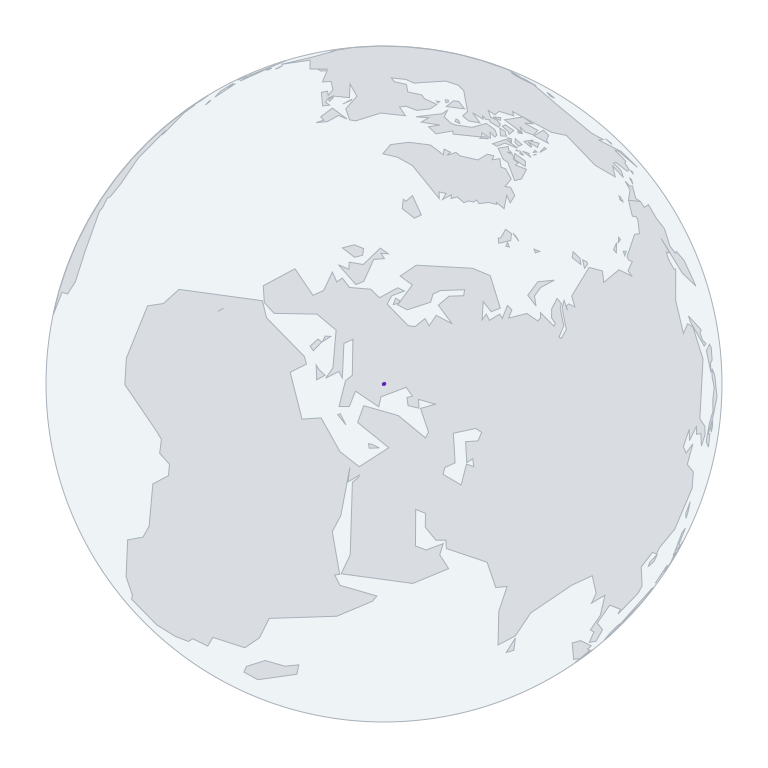 the Earth from above Ilfov, rotated 43°
{"feature_id": "ROU-4844", "entity_name": "Ilfov", "entity_type": "County", "adm_level": 1, "iso_a3": "ROU", "parent_name": "Romania", "parent_adm1": "", "projection": "orthographic", "projection_center": [26.174, 44.513], "detail": "fine", "context": "on_globe", "style": "filled", "palette": "violet", "viewbox_px": 768, "rotation_deg": 43, "n_neighbors": 0, "source": "natural_earth", "source_scale": "10m", "svg_char_len": 11581}
<svg xmlns="http://www.w3.org/2000/svg" viewBox="0 0 768 768"><g transform="rotate(43 384 384)"><circle cx="384" cy="384" r="338" fill="#eef3f6" stroke="#a8b0b8"/><path d="M259.9,69.7L274.3,66.4L264.7,69.6L269.9,68.9L282.2,65.3L289.1,63.1L323.7,61.6L364.8,59.0L377.6,55.7L374.9,59.0L399.2,52.2L421.4,52.7L396.3,53.9L393.8,55.5L408.9,56.2L409.5,58.2L417.2,60.0L416.7,62.5L402.1,63.9L401.4,65.8L412.1,66.3L418.3,69.8L402.7,68.6L411.9,74.9L389.2,80.0L347.8,77.8L335.1,85.6L292.2,97.1L296.0,99.3L282.2,106.1L281.5,111.5L273.7,112.8L279.9,116.1L287.1,113.9L292.2,114.8L292.5,118.0L282.6,120.0L281.0,118.7L278.3,121.0L273.3,120.7L275.9,122.7L263.9,125.2L276.0,127.6L266.7,133.8L258.7,134.2L259.3,127.7L242.3,115.1L234.4,114.9L222.6,120.3L200.8,143.4L192.2,146.4L180.6,155.1L185.4,155.9L196.1,149.6L202.2,154.2L214.7,146.8L219.0,147.8L231.9,143.5L230.1,151.3L221.3,161.6L210.5,165.9L206.4,170.9L216.8,173.1L196.8,188.1L183.9,210.8L178.7,214.3L168.4,208.8L168.0,192.0L154.6,187.7L163.4,198.2L150.3,208.1L148.2,213.3L149.0,217.6L154.0,217.1L149.5,222.5L139.2,213.4L143.0,208.3L146.3,211.0L146.0,203.6L139.0,198.8L132.9,205.0L128.7,193.7L124.3,198.2L120.9,198.7L128.2,192.0L115.0,204.1L109.1,197.5L90.9,220.3L108.6,193.9L114.9,183.6L120.9,173.9L117.8,177.3L129.9,161.6L132.1,158.8L150.3,139.9L169.9,122.6L190.8,106.8L212.8,92.6L235.9,80.3L259.9,69.7ZM58.6,293.0L57.2,300.2L53.4,314.0L55.5,308.6L52.8,322.1L52.2,347.1L51.3,348.2L50.2,386.3L55.0,417.5L56.1,433.4L54.9,436.9L57.9,447.1L58.0,451.5L75.3,491.7L88.6,519.8L91.2,534.0L86.0,536.5L94.8,558.8L82.6,536.9L72.1,514.1L63.3,490.6L56.3,466.5L51.1,442.0L47.7,417.2L46.2,392.2L46.5,367.1L48.7,342.1L52.7,317.4L58.6,293.0ZM86.4,226.5L72.2,260.5L75.5,248.5L75.7,249.0L80.4,238.7L87.3,223.8L91.6,214.8L86.4,226.5ZM90.8,224.9L92.8,220.1L91.5,224.0L90.8,224.9ZM292.1,62.1L282.4,65.1L271.0,68.0L279.0,65.1L292.1,62.1ZM313.9,58.6L309.6,60.1L304.2,59.6L308.4,58.8L313.9,58.6ZM386.7,53.4L378.7,53.6L386.2,52.9L386.7,53.4ZM418.4,59.8L420.5,59.3L423.6,60.5L418.4,59.8ZM232.0,139.6L231.9,141.5L229.5,141.3L232.0,139.6ZM237.7,136.0L235.0,134.5L237.3,132.6L238.9,133.6L237.7,136.0ZM425.6,65.7L429.9,68.2L422.9,65.8L425.6,65.7ZM240.4,138.5L241.7,129.5L245.8,126.4L255.3,127.8L240.4,138.5ZM430.8,69.8L441.5,76.6L447.0,75.7L437.5,82.8L431.5,74.2L422.1,71.2L429.0,71.6L430.8,69.8ZM289.3,111.9L281.6,114.3L287.8,109.5L289.3,111.9ZM292.0,108.6L303.7,93.8L315.1,92.4L308.9,97.3L323.6,93.6L323.4,100.0L315.3,103.6L307.9,103.1L313.5,106.1L292.0,108.6ZM430.5,86.0L430.9,88.1L427.7,86.2L430.5,86.0ZM294.7,114.8L296.0,111.7L306.1,110.1L305.2,116.0L302.3,114.6L294.7,114.8ZM327.5,89.7L334.8,89.8L336.7,95.0L339.8,95.9L324.4,100.1L327.5,89.7ZM300.1,116.6L304.5,119.2L300.1,123.0L294.1,117.8L300.1,116.6ZM309.1,107.3L313.8,106.9L310.9,109.0L309.1,107.3ZM286.6,138.7L287.9,134.6L293.3,133.3L286.6,138.7ZM306.5,119.9L308.0,118.6L310.3,117.8L312.2,120.3L306.5,119.9ZM326.8,103.7L326.1,106.0L333.2,102.2L334.9,106.3L324.3,108.5L329.6,109.3L330.1,110.6L320.9,111.1L326.8,103.7ZM321.0,120.4L308.1,125.4L304.4,133.1L299.5,134.3L306.4,121.8L321.0,120.4ZM321.7,114.8L320.2,118.5L314.9,117.9L312.8,115.1L321.7,114.8ZM339.9,108.5L340.0,101.5L342.3,101.3L339.9,108.5ZM320.9,122.7L324.0,121.5L321.3,123.3L320.9,122.7ZM335.2,112.8L334.9,110.3L337.6,110.1L335.2,112.8ZM330.4,121.5L326.3,122.9L324.7,120.9L330.4,121.5ZM333.5,117.6L337.1,118.0L326.6,119.3L332.9,116.4L333.5,117.6ZM337.7,113.1L339.2,112.2L337.5,114.2L337.7,113.1ZM338.9,128.6L326.0,130.8L322.5,126.2L335.5,124.6L338.9,128.6ZM178.0,540.9L157.8,488.1L167.8,475.6L169.6,454.6L238.3,406.0L252.9,415.7L307.0,418.2L313.7,422.3L307.4,439.4L348.0,465.6L361.1,451.7L397.9,463.5L422.3,461.4L431.0,427.3L390.9,430.1L384.0,413.7L416.1,397.3L451.1,395.2L449.5,388.9L427.4,376.9L435.4,363.7L419.7,371.7L426.1,377.8L416.4,383.4L410.0,378.2L413.1,373.5L402.5,371.3L390.5,395.4L395.7,404.2L368.0,408.7L374.0,424.2L366.5,431.2L353.6,407.9L354.9,399.3L330.8,372.5L327.0,381.7L349.4,408.0L342.4,405.6L337.4,419.5L335.7,407.1L312.2,377.2L287.3,378.6L255.4,407.3L240.9,406.0L228.7,394.5L240.3,360.5L271.6,367.6L276.1,356.7L269.9,337.4L279.9,341.6L281.2,335.0L293.0,336.9L309.7,323.7L321.8,324.1L328.4,304.3L335.5,302.1L329.5,314.2L331.8,323.4L361.7,324.9L367.5,320.9L369.4,308.2L377.4,310.7L375.4,298.2L392.7,293.5L370.0,289.3L371.7,275.4L382.1,265.1L378.6,260.1L361.6,277.1L358.5,284.8L362.3,292.3L350.3,314.0L340.0,316.8L337.2,292.2L322.3,294.0L326.6,275.1L369.8,239.0L387.8,232.3L417.3,249.2L413.1,258.0L400.4,256.1L412.0,270.2L411.1,263.1L417.7,265.6L421.0,254.0L425.8,255.3L420.7,242.3L427.0,242.6L430.2,250.8L440.4,235.0L453.5,233.0L453.5,228.9L449.7,225.1L468.9,225.8L468.0,222.8L461.4,221.3L455.4,214.7L452.2,203.4L459.0,204.2L461.1,208.4L475.7,218.8L480.1,230.5L482.6,229.8L480.3,219.9L462.5,207.0L458.7,200.1L467.9,205.0L464.2,202.6L464.4,199.5L471.0,197.4L461.3,191.7L454.5,158.9L466.6,152.4L475.5,159.8L477.9,140.3L491.4,136.1L485.2,134.6L482.2,125.3L478.0,126.4L474.8,125.0L465.2,103.6L468.3,99.8L457.2,90.4L454.0,89.8L451.2,91.9L437.5,82.8L447.0,75.7L453.7,77.3L455.2,72.5L470.2,77.1L483.3,79.2L498.9,88.1L507.9,89.7L507.4,87.7L519.3,89.0L545.4,99.7L526.4,99.4L487.6,88.6L503.6,93.3L500.6,95.1L506.8,98.7L518.0,102.3L518.9,100.9L540.2,123.9L568.5,142.8L565.0,132.8L571.2,131.7L600.4,148.3L638.7,194.0L647.4,196.1L653.5,202.2L658.4,212.9L649.6,204.2L646.9,207.6L641.2,201.5L646.0,217.0L638.1,209.0L645.7,225.7L652.0,228.5L650.7,217.2L660.7,236.0L670.1,237.3L680.4,250.0L695.6,291.8L697.2,316.8L699.3,322.4L695.1,324.1L696.9,342.4L710.3,355.5L712.5,363.4L712.0,392.7L710.6,387.4L699.9,391.9L703.0,413.5L711.4,414.7L714.5,427.6L710.4,432.8L706.6,422.1L702.7,423.2L700.0,405.7L689.6,387.7L685.2,402.7L681.9,392.4L667.0,382.2L658.5,403.2L647.4,451.4L651.8,478.7L645.4,497.1L623.0,471.9L612.1,448.2L604.5,456.6L581.0,444.0L541.8,461.8L535.8,456.0L528.5,462.8L511.9,460.6L502.6,450.2L492.7,454.1L517.5,481.0L528.0,476.7L536.2,460.3L541.2,470.9L557.2,475.0L541.0,510.3L482.1,552.0L475.8,532.0L427.9,477.4L429.0,469.9L428.7,469.1L428.1,467.7L424.4,480.1L415.9,468.3L442.1,509.6L446.8,527.2L481.3,553.4L478.2,557.3L489.1,561.3L523.4,543.9L523.7,550.7L507.9,586.0L459.9,633.7L466.0,654.5L462.1,671.8L431.6,686.0L433.8,695.9L417.9,700.7L416.6,705.6L403.6,710.9L382.1,715.1L346.1,713.5L344.2,710.2L326.8,700.8L302.8,672.8L312.2,660.4L309.2,648.2L283.1,614.7L288.9,598.0L281.8,588.9L267.2,587.7L259.0,576.3L250.2,573.7L194.9,561.2L178.0,540.9ZM214.9,438.1L213.0,444.3L214.9,438.1ZM488.7,409.8L509.3,405.3L499.0,386.3L506.0,383.2L499.9,378.2L498.1,385.0L483.0,370.5L491.5,361.6L488.4,352.7L481.4,353.9L468.3,372.7L489.8,393.2L485.5,403.3L488.7,409.8ZM52.3,347.7L51.8,353.5L51.5,349.4L52.3,347.7ZM73.5,251.9L71.7,257.1L69.9,261.7L70.8,258.5L73.5,251.9ZM64.1,294.6L63.2,301.7L63.1,296.6L64.1,294.6ZM70.5,265.7L64.7,289.5L64.7,281.4L68.8,266.7L67.4,273.7L70.5,265.7ZM86.6,229.5L84.9,233.5L83.7,234.8L86.6,229.5ZM89.8,227.9L90.0,226.8L91.9,223.5L89.8,227.9ZM150.9,208.6L151.6,209.5L151.3,214.5L149.2,213.5L150.9,208.6ZM163.6,230.8L156.1,239.1L160.0,232.2L155.5,231.8L158.1,217.4L176.3,215.4L167.6,218.6L163.6,230.8ZM166.6,198.6L162.9,207.3L166.2,197.9L166.6,198.6ZM276.7,298.9L280.6,304.4L276.0,311.4L260.8,312.8L267.3,302.5L276.7,298.9ZM287.3,310.8L288.7,287.1L298.3,285.9L292.7,290.5L298.8,292.0L291.5,299.9L299.2,322.7L295.6,330.5L269.4,327.8L280.0,324.1L275.5,318.6L287.3,310.8ZM275.6,235.2L276.3,226.8L296.0,234.9L293.1,242.0L277.7,243.3L272.2,235.8L275.6,235.2ZM256.9,143.5L256.0,141.0L258.7,140.3L261.7,141.8L256.9,143.5ZM286.8,136.9L264.1,154.1L261.8,152.0L251.3,165.6L241.2,165.5L248.3,156.5L232.7,167.0L235.1,158.8L225.1,166.8L242.1,146.8L243.7,140.5L245.8,147.5L255.1,147.7L259.5,145.9L273.3,136.3L281.2,123.6L291.6,122.4L296.9,125.0L296.6,127.8L289.9,127.6L294.3,131.6L284.4,133.5L286.8,136.9ZM352.7,165.4L345.1,162.3L352.2,173.9L342.4,174.5L343.8,175.9L336.7,179.8L330.5,187.2L326.1,186.3L325.6,189.6L320.8,192.6L318.7,196.9L309.9,197.2L306.6,202.6L304.3,199.7L300.9,209.2L299.5,202.3L293.3,206.0L297.9,210.7L255.8,204.8L239.2,208.9L226.2,216.4L225.5,204.5L237.3,190.3L254.9,177.6L271.0,175.9L267.8,171.2L274.5,169.2L274.2,173.7L278.7,165.6L284.1,165.3L299.8,156.1L302.9,145.5L308.7,142.2L310.2,146.2L315.0,140.2L321.8,145.7L326.2,143.6L337.3,147.4L337.7,156.9L342.5,153.9L351.2,157.1L352.7,165.4ZM341.8,129.9L344.7,140.3L340.7,146.1L323.0,137.3L318.1,138.4L306.7,133.7L312.8,125.7L315.5,127.7L319.5,127.8L316.0,130.3L321.8,128.5L325.8,131.3L331.4,130.8L330.8,134.2L341.8,129.9ZM321.5,416.4L326.7,417.8L334.9,417.8L331.9,426.9L321.5,416.4ZM305.1,396.2L309.8,395.7L309.6,407.9L304.2,406.7L305.1,396.2ZM312.6,385.5L310.1,394.8L308.3,389.1L312.6,385.5ZM334.0,313.3L339.0,312.2L339.5,315.3L336.6,319.6L334.0,313.3ZM371.9,202.8L368.1,199.4L369.7,197.8L367.5,187.9L374.7,187.1L378.8,192.7L371.9,202.8ZM424.1,433.9L417.0,441.0L413.3,438.2L416.5,436.3L424.1,433.9ZM372.2,435.6L384.0,439.8L371.2,438.0L372.2,435.6ZM379.3,200.2L377.6,196.1L382.2,198.3L379.3,200.2ZM379.8,186.0L385.3,187.6L375.3,185.8L379.8,186.0ZM518.2,655.6L493.4,686.3L478.0,690.2L476.0,684.4L485.7,667.3L504.0,658.0L513.2,647.5L518.2,655.6ZM715.8,448.2L715.6,448.8L713.6,456.9L714.9,450.2L717.8,436.5L715.8,448.2ZM714.7,450.9L710.4,456.1L698.3,445.0L702.8,437.6L714.1,434.2L713.6,439.2L716.2,438.2L714.7,450.9ZM720.6,413.4L720.4,415.5L719.7,420.9L719.2,412.0L719.5,402.4L720.5,396.9L719.4,351.0L720.0,348.9L721.3,365.7L721.5,367.2L720.6,413.4ZM653.3,480.2L660.6,490.2L656.5,496.9L653.3,480.2ZM715.6,325.6L718.3,344.8L714.7,323.0L715.6,325.6ZM711.4,307.9L713.0,312.5L711.8,311.2L711.4,307.9ZM702.5,329.6L701.7,336.9L700.0,333.4L700.0,322.2L702.5,329.6ZM688.2,261.2L694.4,271.6L696.4,276.3L693.0,272.8L688.2,261.2ZM437.8,191.8L432.8,206.2L434.0,217.0L442.1,223.3L428.6,221.0L426.8,204.3L437.8,191.8ZM451.7,162.6L444.6,157.8L449.0,156.4L451.2,157.3L451.7,162.6ZM446.5,162.3L435.4,163.2L432.2,158.3L441.6,158.4L446.5,162.3ZM407.4,180.8L405.4,184.9L401.7,183.0L407.4,180.8ZM716.0,320.9L717.6,330.3L712.7,305.7L712.9,306.4L716.0,320.9ZM713.4,309.3L715.1,318.1L712.3,305.1L713.4,309.3ZM714.6,316.7L713.0,311.3L712.6,307.5L714.6,316.7ZM712.9,306.6L709.8,295.3L711.0,299.0L712.9,306.6ZM708.8,299.9L710.7,299.9L711.1,308.4L703.4,289.7L702.7,283.9L708.8,299.9ZM656.2,196.0L652.1,192.5L649.3,186.6L652.9,190.7L656.2,196.0ZM636.3,166.3L647.2,184.0L655.2,199.4L656.2,198.1L664.3,208.9L658.9,206.4L648.1,189.7L643.2,179.6L635.7,171.8L627.9,161.4L619.0,154.9L613.4,149.0L620.0,152.1L636.3,166.3ZM615.3,152.6L597.1,139.8L594.9,133.0L598.5,134.2L607.7,142.8L608.3,145.8L615.3,152.6ZM592.0,134.9L592.4,137.9L566.3,129.8L560.2,126.6L579.0,128.1L580.3,131.2L587.1,134.7L592.0,134.9ZM434.5,87.9L431.3,88.1L432.9,86.6L434.5,87.9ZM472.6,125.9L468.5,123.8L470.6,121.8L472.6,125.9ZM458.5,117.1L458.9,120.8L455.6,116.6L458.5,117.1ZM460.4,129.3L457.7,122.1L464.4,129.6L460.4,129.3Z" fill="#d9dde1" stroke="#a8b0b8" stroke-width="1"/><path d="M382.9,383.7L383.0,383.6L383.2,383.4L383.2,383.2L383.2,382.9L383.3,382.8L383.4,382.7L383.5,382.6L384.0,382.5L384.4,382.5L384.5,382.6L384.7,382.8L384.8,382.8L384.8,383.0L385.1,383.2L385.1,383.3L384.9,383.5L384.9,383.8L385.0,383.9L385.0,384.0L385.2,384.3L384.9,384.5L384.7,384.7L384.6,384.8L384.5,385.0L384.4,385.1L384.2,385.4L384.1,385.5L383.9,385.5L383.8,385.4L383.7,385.4L383.4,385.1L383.2,385.1L383.1,384.9L382.9,384.8L382.8,384.7L382.8,384.4L382.9,384.1L383.0,384.1L383.0,383.9L382.9,383.7ZM384.1,384.7L384.0,384.3L384.1,384.0L383.7,383.9L383.7,383.5L383.4,383.6L383.2,384.0L383.4,384.1L383.4,384.3L383.2,384.3L383.2,384.5L383.4,384.8L383.7,384.8L383.9,385.1L384.0,385.0L383.9,384.7L384.1,384.7Z" fill="#8b5cf6" stroke="#5b21b6" stroke-width="1.5"/></g></svg>